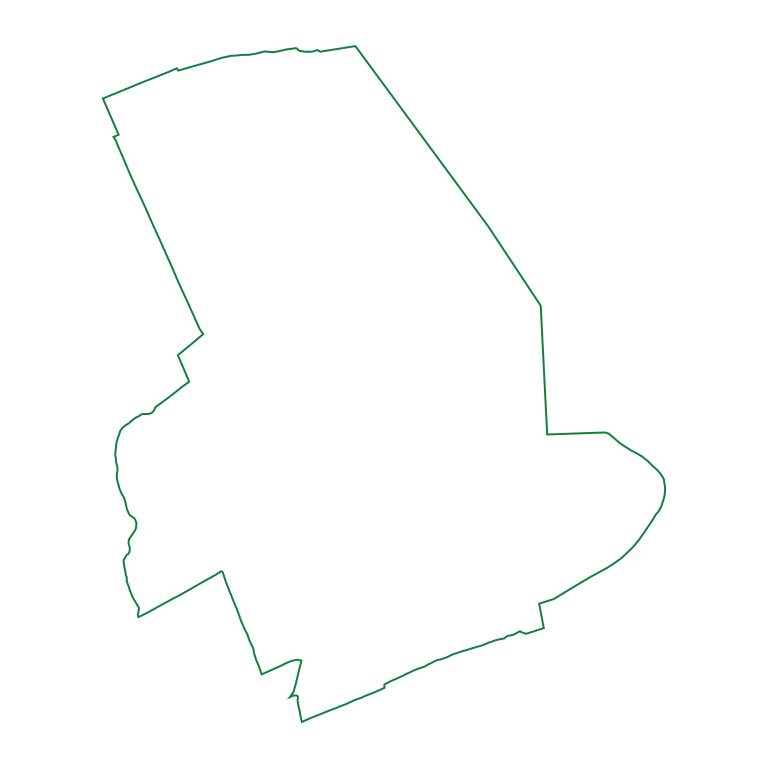 outline of Slatioara, Olt, Romania
{"feature_id": "2599482B63215832934331", "entity_name": "Slatioara", "entity_type": "district", "adm_level": 2, "iso_a3": "ROU", "parent_name": "Romania", "parent_adm1": "Olt", "projection": "mercator", "projection_center": [24.319, 44.407], "detail": "fine", "context": "isolated", "style": "outline", "palette": "green", "viewbox_px": 768, "rotation_deg": 0, "n_neighbors": 0, "source": "geoboundaries", "source_scale": "gbopen_adm2", "svg_char_len": 5336}
<svg xmlns="http://www.w3.org/2000/svg" viewBox="0 0 768 768"><path d="M663.9,479.5L662.7,477.1L660.2,473.3L656.3,469.1L652.0,465.3L647.8,461.1L642.5,456.8L638.6,454.4L631.0,450.4L620.6,443.7L608.8,433.7L607.6,433.3L605.1,432.5L604.0,432.5L601.7,432.6L599.9,432.7L598.2,432.7L547.2,434.5L545.8,407.0L540.7,305.7L488.1,226.2L394.2,98.8L355.4,46.1L334.1,49.5L320.2,51.7L317.3,50.1L313.0,51.5L311.2,51.7L307.8,51.8L304.5,51.6L301.4,51.2L299.0,50.7L296.5,48.3L295.3,48.3L294.9,48.1L294.2,48.3L293.3,48.5L292.6,48.6L291.8,48.8L290.7,48.9L289.9,49.0L288.4,49.2L286.0,49.5L280.7,50.8L274.4,52.0L272.3,52.2L272.1,51.9L271.3,52.0L268.3,51.9L266.4,51.4L263.6,51.7L255.7,53.7L248.7,54.8L242.3,54.9L235.4,55.6L230.9,55.8L221.1,58.0L210.2,61.5L194.1,66.0L179.7,70.2L178.3,70.5L176.8,68.3L170.8,71.0L155.8,77.0L141.6,82.6L131.5,86.8L121.0,91.1L102.9,98.5L118.6,134.7L113.5,137.0L116.1,140.9L116.8,143.3L118.8,147.8L120.2,151.1L123.2,158.0L130.0,174.2L136.8,189.2L144.7,206.1L153.0,225.0L159.5,239.2L164.3,250.0L168.2,258.7L171.5,265.9L177.1,279.2L181.4,288.7L187.2,301.3L192.6,313.3L199.7,329.1L203.2,334.2L202.5,334.7L193.4,342.4L182.4,351.5L177.9,355.1L178.0,355.4L189.2,381.7L182.5,386.5L179.5,388.9L174.1,393.2L169.4,396.9L162.9,401.7L155.3,407.3L154.9,408.3L154.5,409.4L153.4,411.5L152.8,412.0L151.8,412.8L150.3,413.5L149.0,413.8L147.4,414.0L145.2,414.0L143.4,414.0L142.6,414.1L141.7,414.4L140.6,414.9L139.7,415.6L138.5,416.4L137.0,417.1L135.7,417.7L134.4,418.6L132.8,419.8L132.0,420.5L131.1,421.3L129.5,422.7L127.7,424.0L125.2,425.5L123.7,426.7L122.5,427.8L121.7,429.0L120.9,430.0L120.0,431.4L119.7,432.7L118.8,435.3L117.8,438.2L116.9,441.1L116.4,443.4L115.9,447.6L115.5,451.6L115.3,453.4L115.3,456.0L115.8,457.8L116.1,461.8L116.5,463.9L117.3,466.9L117.5,469.5L117.3,472.2L116.8,474.1L116.8,476.0L116.9,478.7L117.6,481.7L118.5,484.9L119.4,488.3L120.7,491.8L122.1,494.6L123.3,496.5L124.1,497.8L124.9,500.6L125.8,503.7L126.1,505.2L126.3,506.6L126.8,508.9L128.1,511.8L128.9,513.8L130.2,515.4L131.7,516.7L133.6,517.6L134.4,518.5L135.2,519.6L135.8,521.2L136.4,523.4L136.3,525.0L136.2,526.8L135.9,528.3L135.3,529.9L134.3,531.5L133.0,533.4L132.2,534.5L130.6,537.1L129.5,538.4L129.0,539.7L128.7,541.3L128.6,543.1L128.8,544.6L129.5,546.4L129.8,547.9L129.8,549.4L129.5,551.2L129.1,552.7L128.1,554.0L126.7,554.9L125.3,557.4L123.7,559.8L123.6,562.3L124.1,564.7L124.3,566.2L124.5,567.7L124.9,569.5L125.2,571.0L125.5,572.0L125.5,573.2L125.7,574.1L125.8,575.0L126.4,576.5L126.8,577.5L126.7,579.8L127.0,581.9L127.7,584.1L128.8,586.6L129.4,588.6L129.9,590.6L131.4,594.0L132.8,597.7L135.3,601.6L137.6,605.6L138.8,607.5L138.8,607.8L138.9,608.7L138.9,609.0L138.7,609.9L138.4,612.1L137.8,615.0L138.0,616.0L138.3,617.0L139.1,616.7L139.9,616.4L144.2,614.3L148.5,612.1L160.7,605.3L168.9,600.9L185.6,591.9L195.4,586.2L205.9,580.2L215.2,575.1L221.3,571.2L222.7,572.2L223.4,574.1L223.9,575.8L224.3,576.9L224.6,578.0L225.3,580.0L225.7,581.6L226.3,583.1L227.0,584.8L227.8,586.9L230.2,592.9L232.0,597.4L234.1,602.5L237.9,611.8L240.1,618.3L241.6,622.3L245.1,630.1L247.0,633.4L249.7,641.1L251.8,645.5L253.4,648.8L253.5,650.0L254.1,653.4L256.2,660.0L259.0,666.6L260.1,669.8L261.1,672.7L261.7,674.4L262.5,674.0L267.2,671.9L274.1,668.8L280.4,666.0L286.6,662.9L292.1,660.7L293.1,660.6L295.7,660.0L297.7,659.7L299.1,660.1L299.8,660.2L300.3,660.3L301.4,660.6L299.1,670.0L296.9,679.2L295.4,685.4L294.4,688.7L293.6,691.5L293.3,692.2L292.6,693.3L291.9,694.2L290.8,695.9L289.9,697.1L292.2,696.1L294.2,695.4L296.3,695.5L297.1,695.8L297.7,696.2L297.9,697.1L298.0,698.1L297.6,699.7L297.7,701.4L297.9,703.2L298.1,704.5L298.6,706.8L299.4,709.9L299.7,711.3L300.7,717.1L301.3,719.7L302.0,721.9L304.0,721.0L306.5,719.9L309.0,718.7L310.2,718.2L311.7,717.7L313.5,716.9L315.6,716.0L317.4,715.4L318.7,714.8L333.0,709.1L334.8,708.5L336.4,708.0L338.3,707.0L340.3,706.2L342.6,705.4L345.0,704.5L346.6,703.9L348.5,702.9L351.2,701.8L352.2,701.2L353.3,700.7L354.3,700.3L355.7,699.7L357.4,699.1L358.8,698.6L360.7,698.0L362.6,697.2L363.8,696.6L364.8,696.1L366.2,695.6L367.3,695.1L368.6,694.6L369.8,694.1L371.2,693.6L373.2,692.8L375.4,691.9L377.3,691.1L379.0,690.3L379.7,690.0L381.1,689.4L384.5,687.8L384.4,685.8L384.4,684.6L385.7,683.9L387.5,682.8L389.6,681.8L391.6,680.7L393.7,679.9L396.3,678.8L400.1,677.0L402.3,676.0L403.6,675.4L405.7,674.2L408.0,673.2L414.5,670.2L416.3,669.4L418.7,668.5L421.5,667.6L423.5,667.0L425.3,666.3L427.7,664.7L429.9,663.7L431.8,662.7L434.2,661.5L435.4,660.8L437.5,660.1L441.0,659.3L443.8,658.3L446.1,657.6L447.6,656.9L449.2,656.2L450.1,655.7L451.2,655.0L452.9,654.4L454.2,653.8L456.2,653.4L458.3,652.5L460.3,651.9L462.0,651.3L463.9,650.8L466.1,650.2L469.6,649.1L473.5,647.9L475.1,647.4L477.5,646.7L479.4,646.2L481.3,645.7L482.9,645.1L484.4,644.5L485.8,643.9L487.3,643.3L488.7,642.5L490.8,642.0L493.8,640.9L497.1,639.9L499.7,639.2L501.1,639.1L504.8,638.2L506.0,636.9L507.4,636.0L510.5,635.4L513.6,634.7L519.9,631.2L521.3,632.2L525.5,633.6L526.0,633.8L529.6,632.7L536.7,630.4L543.8,628.1L539.8,607.2L539.2,603.7L553.6,599.1L572.9,587.4L583.8,580.9L592.0,576.1L600.1,571.7L606.5,568.2L612.6,564.3L614.4,563.1L620.5,558.9L626.8,553.1L633.7,546.3L638.8,540.1L644.3,532.3L649.7,524.3L654.2,517.5L655.8,514.6L658.0,512.1L660.0,509.0L661.7,505.3L663.1,500.9L664.3,496.8L664.7,494.4L665.1,491.0L665.0,487.0L664.4,483.3L663.9,479.5Z" fill="none" stroke="#15803d" stroke-width="2"/></svg>